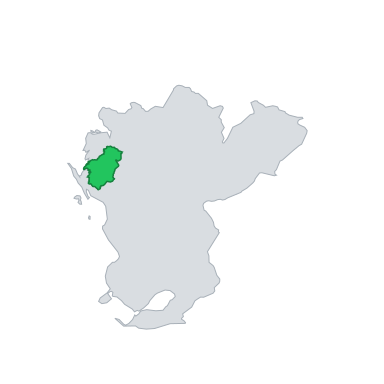 Venezuela, with Monagas highlighted, rotated 244°
{"feature_id": "VEN-46", "entity_name": "Monagas", "entity_type": "State", "adm_level": 1, "iso_a3": "VEN", "parent_name": "Venezuela", "parent_adm1": "", "projection": "equal_earth", "projection_center": [-62.996, 9.35], "detail": "fine", "context": "in_parent", "style": "filled", "palette": "green", "viewbox_px": 384, "rotation_deg": 244, "n_neighbors": 0, "source": "natural_earth", "source_scale": "10m", "svg_char_len": 8225}
<svg xmlns="http://www.w3.org/2000/svg" viewBox="0 0 384 384"><g transform="rotate(244 192 192)"><path d="M303.9,143.1L307.1,148.6L306.8,149.9L304.8,151.2L303.7,154.4L301.2,155.8L297.8,159.6L295.5,159.9L292.0,166.3L293.9,171.2L293.5,173.7L294.3,175.0L298.4,175.1L298.8,176.5L298.3,178.5L297.6,179.8L292.1,183.9L289.4,183.5L288.3,184.7L284.8,185.6L283.8,188.0L284.7,191.3L285.1,196.6L280.6,203.0L291.7,219.9L292.9,220.8L294.1,224.7L293.7,227.0L291.7,229.7L288.9,231.8L287.3,235.2L285.6,235.9L282.5,235.7L281.0,237.6L279.1,238.3L277.9,240.9L267.6,245.3L263.2,244.0L258.1,247.1L257.2,255.1L255.6,256.9L253.7,256.9L247.4,248.8L244.2,250.0L242.0,248.9L235.7,249.2L232.8,244.6L226.2,244.3L223.7,241.2L222.6,241.2L222.1,242.2L224.6,247.3L232.3,257.1L232.3,265.9L235.9,278.1L235.3,282.0L237.4,283.2L246.5,284.1L246.4,288.5L245.2,290.5L243.4,290.8L238.7,294.2L235.9,295.2L234.1,302.4L232.5,304.5L230.9,306.2L227.7,306.2L223.5,310.8L222.1,310.7L218.5,313.0L212.8,319.7L210.8,323.8L209.4,323.9L210.0,320.3L209.3,318.4L207.9,317.3L206.7,317.2L205.1,318.1L200.8,321.6L196.7,322.4L194.5,320.8L186.9,311.5L186.7,308.4L184.9,301.0L181.1,287.3L181.2,284.6L175.1,277.7L174.2,275.3L171.7,274.4L170.1,275.3L170.5,273.1L178.7,263.2L179.5,261.0L176.3,254.7L174.5,252.9L173.5,250.7L171.4,243.0L170.9,237.1L170.2,235.9L171.1,221.5L170.8,218.3L171.4,215.9L173.0,214.3L173.9,211.7L174.1,208.2L175.1,205.4L176.8,203.2L177.4,201.0L176.7,197.4L175.2,196.0L170.3,194.9L168.9,196.0L159.8,198.0L155.3,198.0L151.9,197.0L149.3,197.3L146.2,199.3L144.7,198.2L143.5,198.7L131.6,179.7L127.2,179.2L121.3,176.5L116.6,178.7L114.6,178.9L106.2,177.8L101.6,178.8L99.6,177.8L98.3,176.4L96.3,170.1L93.1,169.1L91.8,166.6L92.3,156.4L93.8,153.6L93.3,149.1L92.9,146.9L88.7,141.3L86.6,130.2L83.8,129.6L83.0,127.2L82.2,126.8L79.9,128.3L77.4,128.9L76.9,128.3L83.2,114.7L85.7,98.6L88.8,90.8L93.0,84.4L96.4,82.5L101.4,71.8L112.3,67.3L109.4,70.6L102.9,72.7L101.4,74.0L101.5,77.5L103.4,82.7L106.6,86.7L105.1,87.1L105.8,90.8L107.3,93.3L107.3,94.8L106.1,99.7L101.1,107.4L98.4,114.1L100.3,118.0L100.6,120.1L104.2,125.0L103.9,127.0L105.4,131.1L108.0,131.6L113.0,129.1L115.7,124.8L116.3,116.6L115.9,113.7L112.9,106.6L110.8,103.8L109.0,97.7L108.2,92.1L109.6,90.8L109.5,87.8L113.0,87.0L120.6,82.2L125.3,81.0L130.6,78.5L132.9,75.1L133.7,74.9L136.5,76.9L137.9,76.2L138.4,74.7L137.7,71.7L131.3,72.8L129.8,66.8L131.2,62.0L134.6,60.1L137.0,63.0L138.6,71.6L140.8,76.1L147.6,75.2L154.4,77.2L161.6,83.3L163.7,89.7L162.8,91.4L163.3,94.1L164.3,96.8L165.9,98.6L170.5,99.1L185.5,95.9L198.1,95.4L200.5,96.7L200.7,99.0L204.7,104.0L217.0,108.2L221.7,107.6L233.0,99.4L239.0,99.6L240.7,98.3L238.5,97.1L233.5,96.6L232.0,97.4L231.1,95.3L238.3,94.7L244.7,95.1L249.9,93.6L254.1,93.7L258.2,92.7L266.0,93.9L272.2,92.9L271.5,94.3L266.2,95.4L263.7,97.3L258.4,97.0L254.6,97.7L255.8,98.3L255.8,100.3L256.9,100.7L258.5,103.2L258.9,105.3L257.6,108.6L259.1,108.2L259.9,107.2L259.9,104.9L260.8,105.3L264.7,114.8L266.4,112.5L267.5,113.9L267.5,110.3L268.8,110.4L271.7,112.8L274.6,118.3L274.1,114.1L276.5,114.0L277.1,112.3L281.9,118.2L286.9,120.0L290.7,124.5L289.9,126.7L287.7,127.8L286.8,129.2L285.1,136.3L283.0,141.9L276.7,141.9L282.0,146.2L283.9,144.5L286.6,144.3L290.6,142.1L296.0,143.1L298.4,141.2L301.4,141.5L303.9,143.1ZM238.8,84.0L239.3,87.0L237.6,89.6L235.3,89.6L233.5,87.9L232.5,88.3L229.4,87.4L230.3,85.8L232.6,85.0L234.3,86.9L235.7,87.0L236.1,85.4L238.0,83.2L238.8,84.0ZM289.5,133.9L286.2,136.2L286.0,133.9L288.6,131.1L289.7,132.8L289.5,133.9ZM215.6,89.1L214.7,89.7L212.2,88.4L212.7,87.6L214.1,87.6L215.6,89.1ZM290.2,129.6L288.2,130.3L288.7,128.6L290.9,127.7L291.7,128.1L290.2,129.6Z" fill="#d9dde1" stroke="#a8b0b8" stroke-width="1"/><path d="M252.9,107.6L253.0,107.7L253.2,108.0L253.5,108.3L253.6,108.2L253.8,107.8L254.0,107.8L254.0,108.0L254.1,109.2L254.2,109.7L254.5,109.7L254.3,109.3L254.3,109.1L254.4,108.8L254.3,108.5L254.3,108.4L254.4,108.1L254.5,108.0L254.6,107.9L254.7,108.1L254.6,108.4L254.7,108.7L254.9,108.8L255.2,108.8L255.4,108.6L255.7,108.6L255.9,108.7L256.0,109.0L256.6,109.2L256.4,109.8L256.5,109.9L256.8,109.8L256.9,109.4L256.8,108.7L256.8,108.3L257.2,108.1L257.3,108.2L257.6,108.6L257.8,108.7L258.0,108.7L258.9,108.5L259.3,108.2L259.6,107.8L259.8,107.3L259.8,106.8L259.6,105.8L259.5,105.4L259.6,104.7L259.9,104.6L260.3,104.7L260.7,105.0L261.3,105.6L261.7,106.4L262.2,108.3L262.3,108.7L262.5,109.0L262.6,109.4L262.6,109.8L262.8,110.3L262.9,110.6L262.8,110.9L262.6,111.4L263.0,111.4L263.2,111.6L263.4,111.9L263.7,112.5L264.6,114.7L264.7,115.1L264.7,115.5L264.6,115.9L264.6,116.2L264.6,116.3L264.7,116.7L264.4,117.0L264.1,117.3L263.9,117.7L263.8,118.4L263.7,118.6L263.0,119.6L262.7,120.3L262.6,120.7L262.6,121.1L262.8,121.4L263.1,121.6L263.4,121.7L263.5,122.2L263.5,122.7L263.6,123.2L263.8,123.6L264.6,124.2L264.7,124.5L264.7,124.8L264.7,125.4L264.8,126.5L264.8,127.1L264.9,127.3L265.0,127.4L265.0,127.5L265.0,128.0L265.0,128.4L264.9,128.6L264.8,128.9L264.7,129.1L264.7,129.3L264.7,129.5L264.8,129.6L265.6,129.7L265.7,129.8L265.8,130.1L265.9,130.3L266.0,130.4L266.2,130.5L266.3,130.6L266.5,130.9L266.5,131.0L266.9,131.0L267.1,130.9L267.4,130.6L267.6,130.5L267.8,131.2L267.9,131.3L268.0,131.4L268.4,131.2L268.6,131.1L268.9,131.2L269.0,131.2L269.2,131.3L269.3,131.5L269.1,132.1L268.8,133.0L268.7,133.5L268.7,134.0L268.9,134.5L269.1,134.7L269.2,134.9L269.4,135.0L269.8,135.0L270.0,135.1L270.0,135.3L270.1,135.5L270.0,135.8L270.0,136.0L269.2,137.1L269.1,137.3L269.0,137.5L269.0,138.5L268.9,138.8L268.7,139.0L268.1,139.4L267.6,139.5L267.1,140.0L266.6,140.8L266.3,141.5L266.1,141.9L265.8,142.0L264.9,142.0L264.7,142.1L264.5,142.3L264.4,142.4L264.4,142.5L264.1,142.9L263.9,143.1L263.7,143.3L262.8,143.9L262.5,143.9L262.3,143.9L261.7,143.7L261.4,143.7L261.2,143.9L261.2,144.2L260.9,144.2L260.7,144.4L260.6,144.6L260.1,145.3L258.6,146.7L258.5,146.8L258.4,146.5L258.2,146.3L257.6,145.9L257.5,145.7L257.4,145.6L257.4,145.4L257.5,145.1L257.6,144.9L253.4,143.0L253.1,142.8L252.8,142.5L252.5,142.0L252.3,141.5L252.3,141.1L252.2,139.5L252.2,139.4L252.6,138.7L252.7,138.4L252.7,138.2L252.8,138.2L253.0,138.1L253.4,138.3L253.5,138.3L253.8,138.2L254.0,137.9L254.1,137.7L254.0,137.4L253.6,137.4L248.6,137.9L248.2,137.9L248.0,137.7L247.9,137.6L247.6,137.4L247.4,137.2L246.8,134.6L246.3,133.0L246.0,132.5L245.8,132.4L245.7,132.4L245.5,132.2L245.1,132.0L244.9,131.7L244.7,131.6L244.6,131.3L244.5,131.2L243.7,130.4L243.4,130.2L243.2,130.1L242.9,129.9L242.8,129.4L242.6,129.1L242.4,128.9L242.2,128.8L241.9,128.7L241.6,128.6L240.2,127.4L239.9,127.3L239.6,127.5L239.4,127.6L239.1,127.5L238.9,127.5L238.7,127.6L238.1,128.0L237.9,128.1L237.7,127.9L237.6,127.0L237.5,126.7L236.8,125.8L236.7,125.5L236.6,125.3L236.7,124.2L236.7,123.3L236.7,123.2L238.6,120.5L238.7,120.4L238.8,120.1L237.1,116.7L237.0,116.2L237.0,115.8L236.9,115.6L236.8,115.4L236.8,115.1L236.8,114.9L237.0,114.4L237.1,114.1L237.1,113.6L237.1,113.4L237.3,113.3L237.5,113.2L237.5,112.8L237.4,112.7L237.1,112.2L236.9,112.0L236.6,111.9L236.3,111.8L236.3,111.7L236.4,111.4L236.2,111.3L236.1,111.2L235.7,111.3L235.5,111.2L235.2,110.9L235.2,110.7L235.1,108.8L235.2,108.7L235.3,108.6L235.5,108.5L235.6,108.4L236.0,108.4L236.3,108.4L236.5,108.4L236.9,108.1L237.0,108.0L237.3,107.9L239.1,107.2L239.6,106.9L240.1,105.8L240.4,105.5L240.6,105.2L240.8,105.2L241.3,105.1L242.0,104.9L242.6,104.9L243.0,104.8L243.4,104.7L243.7,104.6L243.9,104.5L243.9,104.4L243.9,103.9L244.0,103.7L244.1,103.4L244.3,103.2L244.7,102.9L245.1,102.7L245.3,102.7L245.5,102.8L245.6,103.0L245.8,103.2L246.2,103.4L246.3,103.4L246.3,103.5L246.3,103.8L246.3,104.0L246.5,104.0L246.7,104.3L246.9,104.3L247.4,104.3L247.5,104.4L247.5,104.5L247.6,104.8L248.6,105.0L248.8,105.3L249.0,105.4L249.3,105.4L249.5,105.5L249.7,105.9L249.9,106.0L250.0,106.0L250.1,105.9L250.3,105.6L250.6,105.4L251.2,104.8L251.2,105.1L251.2,105.4L251.3,105.5L251.5,105.7L251.8,105.5L252.0,105.5L252.2,106.1L252.3,106.2L252.3,106.7L252.4,107.1L252.5,107.2L252.6,107.4L252.9,107.6L252.9,107.6ZM264.5,111.7L264.7,111.9L264.8,112.5L264.7,113.0L264.6,113.4L264.4,113.4L264.2,112.8L264.2,112.2L264.2,111.8L264.3,111.6L264.5,111.7ZM263.3,109.7L263.4,109.8L263.5,110.0L263.4,110.3L263.2,110.5L263.0,110.2L262.9,109.8L262.7,109.1L262.7,108.8L262.9,108.7L263.1,109.0L263.3,109.7Z" fill="#22c55e" stroke="#15803d" stroke-width="1.5"/></g></svg>